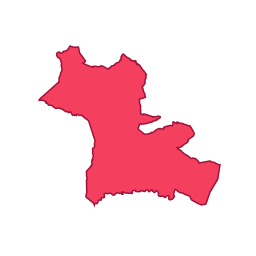 the district of Molcaxac, Puebla, Mexico, rotated 344°
{"feature_id": "50627088B79768269468288", "entity_name": "Molcaxac", "entity_type": "district", "adm_level": 2, "iso_a3": "MEX", "parent_name": "Mexico", "parent_adm1": "Puebla", "projection": "mercator", "projection_center": [-97.869, 18.674], "detail": "fine", "context": "isolated", "style": "filled", "palette": "rose", "viewbox_px": 256, "rotation_deg": 344, "n_neighbors": 0, "source": "geoboundaries", "source_scale": "gbopen_adm2", "svg_char_len": 5810}
<svg xmlns="http://www.w3.org/2000/svg" viewBox="0 0 256 256"><g transform="rotate(344 128 128)"><path d="M206.3,188.7L204.5,188.0L204.3,187.6L202.2,185.7L201.6,184.9L198.7,183.5L197.8,182.3L186.5,181.2L186.7,180.1L186.4,179.3L184.6,176.1L184.2,176.1L183.8,175.9L183.2,175.3L182.7,175.3L182.0,174.7L181.7,174.6L181.2,174.8L180.1,174.5L179.6,174.1L179.1,173.5L179.0,172.7L178.6,172.5L177.9,171.6L177.8,171.2L177.3,171.0L177.1,170.3L176.5,170.1L175.7,169.1L174.5,167.9L174.6,167.5L174.2,167.3L173.3,165.8L172.7,164.3L171.7,163.2L171.2,163.1L171.1,162.6L171.0,162.3L170.5,162.1L170.0,161.5L170.1,161.2L169.8,160.5L170.8,160.9L171.1,160.7L171.3,160.8L171.8,160.7L172.5,161.0L173.6,160.8L174.9,160.5L177.3,159.2L179.8,158.7L181.2,158.1L182.3,157.2L182.4,156.0L182.6,155.9L183.5,155.5L183.7,155.3L187.1,154.3L189.0,153.4L190.0,151.8L190.2,151.1L189.1,146.3L188.8,145.1L188.5,144.8L188.5,143.4L185.8,141.8L185.6,141.9L184.7,140.9L182.3,139.4L182.3,139.1L181.7,138.7L181.2,138.7L180.7,138.2L178.9,137.5L177.3,135.9L176.7,135.9L176.5,137.2L176.1,137.3L173.2,134.5L172.8,134.8L172.5,135.4L172.5,136.0L171.8,137.9L170.9,138.0L170.7,137.7L169.5,137.2L167.9,137.1L165.4,137.0L162.5,137.2L161.8,139.0L158.7,137.3L156.8,137.1L154.1,137.7L151.3,139.0L150.4,139.1L149.5,138.7L149.4,139.1L145.5,139.2L142.3,138.7L137.7,132.4L137.9,130.4L138.3,130.3L140.2,127.4L142.1,128.0L144.4,128.5L147.6,128.8L151.4,128.7L151.7,128.9L153.1,128.8L153.6,128.5L154.8,128.3L156.0,128.5L157.9,128.3L157.9,127.7L158.5,127.8L160.6,127.4L161.4,127.1L162.0,126.6L162.0,125.9L160.7,125.0L157.9,124.8L155.8,124.2L154.6,124.1L154.4,123.6L151.1,121.4L150.7,121.0L150.0,120.7L149.5,120.1L148.9,119.9L147.1,118.9L146.8,119.6L144.1,118.1L144.7,116.2L144.5,115.9L144.6,115.6L145.2,114.4L145.2,113.4L145.4,112.3L146.1,111.1L146.1,106.3L146.4,105.7L147.0,103.5L152.3,103.4L153.4,103.1L153.3,101.5L153.2,101.5L153.6,99.5L153.0,97.7L153.2,95.6L153.0,92.3L154.5,91.7L156.7,89.5L157.0,89.1L156.8,89.0L157.2,87.3L157.3,87.3L159.2,84.6L159.4,83.3L159.6,82.5L160.2,82.1L160.4,81.6L159.9,80.2L159.4,78.4L158.0,75.7L156.6,71.0L155.2,69.3L154.8,69.9L154.0,69.2L154.4,68.5L153.7,67.8L154.1,67.0L153.2,66.4L153.8,65.5L151.7,64.9L151.5,65.2L150.7,64.4L150.6,64.6L148.9,63.4L149.4,62.7L145.5,58.5L144.8,56.9L143.6,55.5L142.7,56.0L141.9,57.0L141.5,57.1L141.2,57.4L140.8,58.0L140.9,58.6L140.7,58.8L140.5,59.4L140.0,59.8L140.0,60.5L139.1,60.6L138.1,61.7L137.8,61.8L137.4,62.2L137.0,62.4L136.7,62.3L135.4,62.4L134.7,62.3L133.7,62.8L133.2,62.9L132.8,63.3L132.3,63.4L131.9,63.7L131.9,64.0L131.6,64.0L131.3,64.0L129.7,63.8L129.0,64.0L127.1,65.2L126.8,65.0L126.4,65.1L125.3,66.1L121.0,61.8L119.5,61.0L119.1,61.0L119.0,60.7L118.3,61.1L117.1,61.2L113.4,59.6L111.0,59.1L110.8,59.9L105.3,55.8L102.5,53.3L105.1,52.5L105.5,52.2L105.6,51.8L102.2,42.5L102.7,36.6L101.0,36.1L98.8,35.7L95.5,33.8L95.1,33.3L94.1,33.6L93.5,34.7L90.5,36.7L89.8,36.6L88.8,36.9L87.6,36.4L87.3,36.7L86.7,37.0L86.3,37.0L86.2,37.3L85.7,37.5L84.3,37.6L83.4,37.4L83.0,36.1L81.0,35.9L80.1,36.8L79.7,37.5L79.5,38.7L79.8,40.4L80.2,41.0L81.0,41.6L81.8,43.0L81.9,44.1L81.9,47.8L81.1,49.3L80.9,53.0L80.6,53.4L80.4,54.4L79.6,55.4L78.7,56.1L78.4,56.6L78.2,56.8L78.1,57.4L77.6,58.0L76.9,59.4L75.6,60.5L75.5,61.4L74.6,63.9L74.1,64.5L74.1,65.0L73.9,65.2L73.1,65.2L51.6,75.6L49.7,77.2L50.7,77.0L51.6,77.2L53.9,77.9L54.3,78.4L55.2,78.8L55.9,79.8L56.7,80.5L56.6,80.8L56.0,81.2L57.6,82.7L57.6,83.6L58.4,84.3L59.8,84.7L61.5,85.7L62.0,87.1L63.9,89.2L64.9,89.5L65.9,89.4L66.7,89.5L67.3,90.1L67.9,90.3L68.1,90.6L68.6,90.7L69.0,91.0L69.7,91.9L70.5,92.2L70.8,92.4L71.1,93.3L72.2,94.4L72.3,94.9L72.6,94.9L73.4,95.4L74.5,95.8L75.0,96.7L75.3,96.9L76.9,96.7L77.4,96.9L78.0,100.1L78.4,100.5L80.0,101.1L81.0,100.6L81.2,100.8L81.4,101.5L81.8,101.8L82.1,101.0L82.6,100.9L83.2,101.1L84.0,101.8L84.6,102.5L86.9,102.8L87.6,103.5L87.5,104.1L88.4,105.1L89.7,107.2L90.3,107.8L90.5,107.8L91.8,109.8L92.1,110.6L92.8,130.7L92.7,131.5L91.5,133.6L90.5,137.1L90.0,137.5L88.6,137.8L88.2,138.2L87.6,141.1L87.0,142.3L87.1,144.7L85.3,148.6L84.8,148.4L84.2,149.6L83.7,150.9L83.4,153.1L82.3,153.9L82.6,154.0L81.7,154.7L76.4,158.0L76.0,158.5L74.8,163.2L74.9,163.4L74.7,166.3L73.7,166.6L70.7,178.2L68.7,182.1L68.7,183.0L69.0,183.5L73.9,190.3L74.3,191.6L74.4,192.8L75.0,191.7L75.7,191.6L76.6,192.0L77.7,191.9L78.2,191.6L79.3,190.0L80.4,189.3L81.0,189.3L81.9,189.9L82.3,189.9L82.7,189.6L82.6,189.1L83.0,188.3L83.5,187.8L84.4,187.9L85.3,188.4L85.8,188.3L86.3,187.8L86.5,187.4L86.7,185.5L87.5,184.7L87.9,184.5L88.3,184.5L90.7,185.7L91.9,185.5L93.1,185.8L93.5,186.1L94.9,188.2L95.6,188.6L97.0,188.5L98.3,187.4L99.2,187.3L103.0,188.8L104.1,190.1L104.9,190.3L105.0,190.1L105.1,189.7L104.4,188.3L104.5,188.0L105.0,187.9L106.4,188.7L107.5,189.7L108.4,189.9L110.2,190.8L112.1,191.2L113.7,192.0L114.2,191.9L114.5,190.4L115.1,189.7L115.9,189.6L116.8,189.6L117.7,190.0L117.8,190.9L118.0,191.2L118.6,191.5L120.3,191.9L121.4,192.4L122.0,192.4L122.9,191.9L123.3,191.9L126.5,193.6L127.0,193.5L128.1,192.8L128.8,192.8L129.7,193.0L130.2,193.8L130.5,194.9L130.6,195.0L131.0,195.1L134.0,193.9L134.3,194.4L134.1,195.3L134.3,195.6L135.4,197.2L136.2,197.2L137.7,196.1L138.3,196.2L138.6,196.6L139.2,198.0L139.3,198.6L139.3,199.3L138.8,200.4L138.6,201.1L138.7,201.5L138.9,201.9L140.2,202.5L143.2,203.3L144.0,204.2L144.0,204.8L144.6,205.1L146.9,204.0L147.6,203.9L148.1,204.0L148.4,204.3L148.6,204.7L148.5,205.2L147.9,206.3L147.6,207.3L148.0,208.2L148.5,208.6L150.8,208.7L151.1,208.2L151.7,208.2L152.5,207.8L153.5,206.8L153.8,206.4L153.8,205.8L153.5,204.9L153.7,204.1L155.2,201.3L156.6,200.1L158.1,201.6L158.2,202.4L160.4,204.6L162.4,205.4L164.5,207.6L168.1,210.1L168.7,211.4L169.2,214.5L169.7,215.1L174.9,220.2L176.0,220.9L177.2,222.1L177.8,222.4L178.4,222.2L178.9,222.2L181.2,222.7L182.0,222.5L188.9,212.5L200.1,202.0L206.3,188.7Z" fill="#f43f5e" stroke="#9f1239" stroke-width="1.5"/></g></svg>